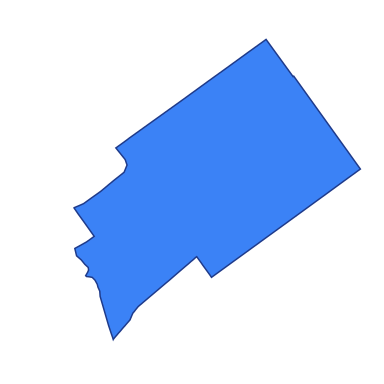 Al Malha, North Darfur, Sudan (Robinson projection), rotated 54°
{"feature_id": "16777658B62126851922243", "entity_name": "Al Malha", "entity_type": "district", "adm_level": 2, "iso_a3": "SDN", "parent_name": "Sudan", "parent_adm1": "North Darfur", "projection": "robinson", "projection_center": [26.533, 17.176], "detail": "fine", "context": "isolated", "style": "filled", "palette": "blue", "viewbox_px": 384, "rotation_deg": 54, "n_neighbors": 0, "source": "geoboundaries", "source_scale": "gbopen_adm2", "svg_char_len": 2261}
<svg xmlns="http://www.w3.org/2000/svg" viewBox="0 0 384 384"><g transform="rotate(54 192 192)"><path d="M272.5,110.6L272.4,57.3L272.4,57.0L272.4,42.3L158.1,41.6L158.1,42.4L112.1,42.4L112.0,63.4L112.0,65.7L112.0,91.7L111.9,113.9L111.9,145.8L111.5,210.9L111.6,213.8L111.6,227.7L126.5,227.0L132.0,228.7L136.1,235.3L136.7,248.8L137.0,253.6L137.8,265.2L137.8,265.4L137.8,265.6L137.7,276.6L137.7,281.6L137.7,283.9L137.7,286.4L137.0,289.8L136.6,291.6L135.9,294.5L135.7,295.4L135.4,296.7L135.5,296.8L142.9,297.0L144.6,297.0L151.4,297.0L162.1,297.1L170.4,297.2L170.4,297.4L170.4,306.7L168.8,319.8L168.8,320.0L172.9,321.7L175.8,322.9L181.9,321.5L187.5,321.2L192.1,320.3L194.4,321.6L195.6,323.6L197.2,327.2L198.4,327.0L200.1,325.1L202.4,322.9L203.7,322.7L206.3,322.3L211.0,322.9L213.7,324.0L218.0,324.9L222.5,327.7L250.8,337.9L259.3,340.6L263.0,341.7L265.0,342.4L264.9,342.2L264.8,341.7L264.7,341.6L264.5,340.7L264.3,339.9L264.0,338.8L263.9,338.3L263.6,336.9L263.1,335.0L262.9,334.2L262.6,332.6L262.3,331.3L261.8,329.3L261.6,328.6L261.1,326.3L261.0,326.0L260.9,325.3L260.8,324.8L260.5,323.7L260.3,322.9L260.2,322.4L259.8,320.7L259.5,319.2L259.4,318.9L259.2,318.1L259.1,317.7L259.1,317.4L258.9,317.2L258.7,316.8L258.7,316.7L258.4,316.4L258.1,315.8L258.0,315.7L257.9,315.5L257.8,315.4L257.7,315.2L257.6,314.9L257.2,314.4L257.0,314.0L256.7,313.5L256.6,313.4L256.4,313.0L256.0,312.4L255.9,312.1L255.5,311.6L255.4,311.3L255.3,311.2L255.2,310.9L255.1,310.5L255.1,310.2L255.0,309.9L254.9,309.6L254.6,308.3L254.5,308.1L254.3,307.5L254.1,306.8L253.8,305.6L253.3,303.8L253.1,303.0L253.1,302.9L253.0,302.4L253.0,301.8L252.9,301.2L252.9,300.4L252.8,299.9L252.8,299.6L252.8,299.3L252.8,298.9L252.6,296.9L251.9,287.7L250.7,271.5L250.3,266.0L250.1,262.8L249.1,251.4L248.4,242.7L248.3,241.6L248.0,237.2L247.7,234.2L247.6,233.3L247.6,233.2L247.6,232.4L247.5,231.1L247.4,230.0L247.4,229.9L247.2,228.7L247.2,228.4L247.2,228.2L247.1,227.5L247.1,227.3L247.1,226.9L247.1,226.5L247.1,226.4L247.1,226.2L247.3,226.2L247.5,226.2L247.9,226.2L248.3,226.2L248.5,226.2L249.7,226.2L252.7,226.2L253.6,226.2L254.5,226.2L257.1,226.3L260.2,226.3L261.5,226.3L263.0,226.3L264.8,226.3L268.6,226.3L269.6,226.3L272.5,226.4L272.5,226.1L272.5,110.6Z" fill="#3b82f6" stroke="#1e3a8a" stroke-width="1.5"/></g></svg>